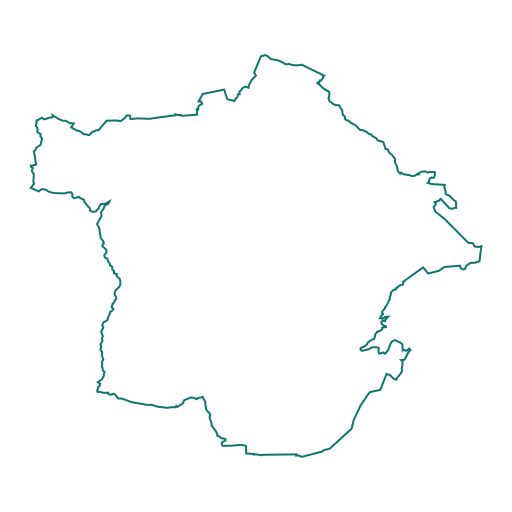 Canesti, Buzau, Romania (Natural Earth projection)
{"feature_id": "2599482B44623248761777", "entity_name": "Canesti", "entity_type": "district", "adm_level": 2, "iso_a3": "ROU", "parent_name": "Romania", "parent_adm1": "Buzau", "projection": "natural_earth1", "projection_center": [26.605, 45.397], "detail": "fine", "context": "isolated", "style": "outline", "palette": "teal", "viewbox_px": 512, "rotation_deg": 0, "n_neighbors": 0, "source": "geoboundaries", "source_scale": "gbopen_adm2", "svg_char_len": 5983}
<svg xmlns="http://www.w3.org/2000/svg" viewBox="0 0 512 512"><path d="M324.1,75.7L301.8,64.7L296.8,65.4L292.0,65.0L289.5,64.0L285.8,64.3L280.5,61.3L277.6,60.2L270.9,59.1L267.5,56.1L265.5,55.2L264.3,55.2L263.4,55.8L262.4,55.7L260.9,56.4L254.1,72.6L255.9,75.5L251.4,80.3L250.8,81.9L249.5,83.7L248.5,87.8L246.0,86.6L242.8,87.8L241.1,90.2L239.5,91.5L239.7,94.2L238.1,94.2L237.3,97.1L235.4,99.0L234.5,101.0L227.3,99.2L224.1,89.6L202.6,94.0L198.7,101.4L201.0,101.4L202.2,103.8L199.1,105.6L198.4,107.0L198.2,109.2L197.2,108.9L196.6,109.4L197.3,110.7L196.8,112.8L197.1,114.7L182.2,115.8L181.1,115.6L180.6,115.0L177.1,115.1L175.9,114.3L174.9,114.3L174.7,115.6L172.1,115.6L149.4,118.8L137.6,118.4L130.5,119.0L130.0,115.6L127.5,115.4L126.2,115.8L125.3,117.7L120.9,121.1L116.1,120.5L106.6,120.7L98.5,130.2L96.2,130.2L94.6,131.3L92.3,131.9L89.1,135.1L83.5,134.0L80.5,131.7L75.8,130.0L71.2,127.3L73.8,123.5L69.9,123.2L65.6,120.8L63.0,120.8L57.9,118.6L52.7,115.3L53.2,116.7L51.0,117.7L49.5,117.6L44.4,119.4L41.7,117.8L38.5,119.8L36.4,120.5L36.6,121.5L35.9,126.1L37.2,127.8L37.6,129.7L37.2,131.4L38.3,132.9L40.5,133.8L40.4,136.3L42.0,138.5L40.6,144.9L36.7,147.5L35.0,150.6L33.7,151.3L35.1,157.3L35.5,161.8L36.3,163.9L35.7,165.0L34.4,164.8L31.5,166.0L30.8,165.7L30.8,166.6L32.7,167.8L31.9,171.4L33.8,174.0L33.4,182.3L34.1,183.8L30.7,187.9L38.8,191.4L40.4,190.0L42.3,189.2L44.1,189.2L47.2,190.5L48.4,191.6L53.8,193.1L64.4,193.4L67.8,192.5L71.1,192.3L72.5,194.2L72.2,196.5L74.2,198.3L78.8,196.9L80.6,198.3L83.9,199.8L84.3,201.7L87.8,206.2L89.6,207.9L90.1,209.1L89.9,210.5L92.2,211.7L95.8,211.7L97.1,209.8L98.7,208.5L98.9,207.0L100.9,204.1L105.3,203.8L109.4,201.4L108.3,203.6L104.8,205.4L103.4,209.0L101.1,212.2L101.5,216.0L97.0,224.1L98.8,226.9L99.6,229.5L99.7,232.8L100.3,234.4L100.7,238.0L103.5,241.5L103.3,242.6L103.7,242.8L103.7,244.0L102.2,245.5L102.3,246.1L106.3,249.7L106.5,251.7L106.2,253.0L104.5,254.7L104.3,255.6L104.7,256.9L105.6,258.0L107.4,258.6L108.0,261.2L109.7,263.6L110.0,265.5L111.2,265.8L112.3,267.1L112.2,269.1L112.6,270.1L114.0,271.2L114.0,273.3L116.9,274.2L116.5,275.3L117.0,276.3L119.8,278.9L120.3,281.0L120.3,285.1L118.8,287.3L115.7,290.2L114.9,291.6L114.6,294.4L115.8,296.5L116.3,298.7L114.6,300.9L114.2,302.4L112.6,303.8L112.2,305.9L111.7,306.6L111.6,307.2L113.4,308.9L112.9,310.1L110.0,312.1L110.1,313.2L108.1,317.3L107.8,319.6L105.3,321.5L104.0,321.9L102.3,324.6L102.4,325.9L103.3,327.0L103.3,327.7L101.2,331.8L102.9,336.3L101.9,338.4L101.9,339.4L102.6,340.5L100.4,344.5L101.2,346.5L100.4,349.5L101.0,350.8L102.2,351.9L102.0,355.7L103.3,359.5L102.0,362.1L102.2,364.4L101.8,366.5L102.6,367.9L102.9,370.6L104.6,371.9L103.7,374.8L103.9,375.6L101.8,379.5L97.8,382.1L100.3,383.9L99.3,386.3L98.1,387.0L97.9,387.6L98.0,389.1L97.1,390.5L97.6,392.0L99.9,391.8L103.9,392.9L108.0,392.7L108.3,394.1L110.7,394.7L113.8,393.8L115.4,394.9L118.2,398.5L122.0,398.6L131.7,402.2L147.2,404.9L151.8,404.8L157.7,406.7L167.1,407.8L173.8,407.0L175.5,407.4L176.3,405.9L177.3,406.8L177.9,406.6L183.2,403.1L183.5,401.5L184.3,400.1L190.9,397.5L193.1,397.7L196.8,399.2L197.7,398.0L202.9,397.0L205.5,402.7L205.2,404.6L205.9,406.6L205.9,408.7L207.7,411.6L209.4,413.1L210.3,415.4L209.5,417.4L211.7,423.8L211.7,425.7L215.7,430.9L217.2,433.9L217.3,435.8L219.0,436.3L221.3,438.2L224.9,438.7L225.5,439.4L225.5,440.5L222.2,442.3L221.6,443.1L221.9,444.8L222.6,445.8L231.6,445.7L240.4,444.9L244.3,445.5L246.1,446.1L246.2,453.4L253.7,454.0L253.7,454.5L256.2,454.4L261.6,455.3L262.5,454.8L296.5,454.4L296.1,455.5L298.6,455.5L301.9,456.8L322.4,451.5L323.7,450.2L329.7,448.7L351.6,428.7L353.7,419.9L360.7,405.3L368.8,393.3L370.3,392.0L380.3,389.9L386.5,374.0L390.3,375.3L393.6,378.8L396.4,379.6L396.8,378.2L400.8,373.4L402.0,371.0L401.8,368.7L402.3,365.9L402.5,361.6L401.1,360.1L404.1,359.9L404.7,359.2L408.3,352.5L410.3,350.0L409.2,348.5L406.5,350.7L405.7,350.8L404.8,349.9L402.7,350.5L402.4,344.9L401.9,343.9L400.4,342.7L395.2,340.2L393.4,340.7L391.6,341.9L390.2,344.5L388.2,350.2L385.0,353.8L383.2,352.4L379.3,353.7L378.5,351.9L378.8,348.0L376.0,347.2L371.8,347.4L368.6,349.3L362.4,350.8L361.1,350.3L360.5,349.1L360.5,348.3L361.3,347.7L363.9,346.7L366.9,344.5L367.7,342.8L370.3,340.6L374.1,338.8L375.1,336.3L375.0,335.1L375.5,333.8L376.7,332.8L377.0,331.8L380.1,330.8L381.6,329.9L382.1,329.0L382.1,327.8L386.0,327.0L385.9,326.2L383.5,325.5L382.1,324.2L381.3,323.0L381.3,322.1L382.5,320.6L385.2,321.0L385.4,319.4L388.2,316.7L385.0,316.9L382.8,318.5L379.9,318.2L380.9,316.3L383.0,314.3L383.1,313.8L382.0,313.0L382.4,311.2L385.0,308.4L385.1,307.2L386.4,305.9L389.1,300.1L389.8,299.5L389.7,297.0L390.6,295.4L391.1,292.1L393.7,289.9L396.2,289.0L396.9,288.1L396.6,287.9L399.8,285.4L403.1,284.5L403.0,281.9L423.1,267.4L428.1,273.5L439.0,270.8L444.3,267.0L460.1,265.7L460.5,267.7L461.4,268.6L462.9,269.5L464.9,269.0L466.3,265.7L470.3,263.0L475.0,262.7L479.5,261.3L481.3,246.2L479.3,246.9L474.7,246.6L472.8,243.2L468.4,242.9L444.7,219.1L435.3,211.5L433.7,207.1L435.6,204.7L435.7,203.2L434.7,202.2L439.2,200.6L440.7,198.8L449.6,208.4L452.7,208.7L454.3,207.9L456.3,207.8L455.8,201.3L454.0,200.3L449.4,195.7L445.7,194.1L445.6,191.2L444.2,187.2L444.8,184.9L431.3,184.0L427.8,182.9L428.8,181.8L429.2,181.0L428.9,180.1L430.2,178.1L431.1,177.5L432.6,177.9L434.0,177.4L435.0,174.0L434.8,172.1L429.8,172.0L427.9,172.6L425.0,171.4L421.5,171.7L417.9,173.6L418.6,174.4L416.5,174.5L415.0,175.7L411.9,176.1L409.7,175.2L403.5,174.2L401.1,172.6L400.4,173.6L399.1,172.7L397.7,170.8L397.0,166.7L394.9,161.8L395.1,159.2L394.7,158.5L391.9,154.8L389.1,152.5L387.7,149.3L385.5,148.9L383.4,142.1L377.9,140.4L376.9,139.6L376.6,138.5L372.1,135.8L371.5,134.6L368.9,134.0L367.0,132.2L364.1,130.6L359.9,129.8L355.8,125.5L349.8,122.1L348.6,120.7L345.8,119.9L344.9,118.7L345.0,116.9L342.7,114.6L342.3,110.5L338.9,105.2L335.6,105.1L333.7,104.3L329.5,101.2L328.5,98.4L329.4,95.1L329.2,91.9L323.1,88.2L319.6,84.8L317.3,83.2L317.5,82.5L319.1,82.7L319.8,80.5L320.9,80.6L323.1,77.8L323.1,76.3L324.1,75.7Z" fill="none" stroke="#0f766e" stroke-width="2"/></svg>